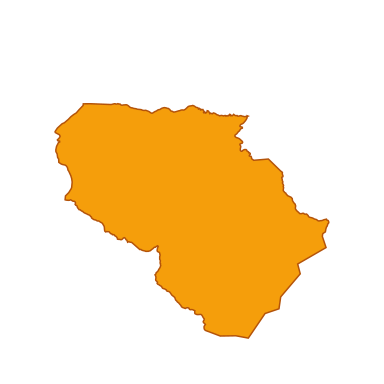 Porto Walter, Acre, Brazil (Robinson projection), rotated 42°
{"feature_id": "56859067B75974716553917", "entity_name": "Porto Walter", "entity_type": "district", "adm_level": 2, "iso_a3": "BRA", "parent_name": "Brazil", "parent_adm1": "Acre", "projection": "robinson", "projection_center": [-72.774, -8.451], "detail": "fine", "context": "isolated", "style": "filled", "palette": "amber", "viewbox_px": 384, "rotation_deg": 42, "n_neighbors": 0, "source": "geoboundaries", "source_scale": "gbopen_adm2", "svg_char_len": 6102}
<svg xmlns="http://www.w3.org/2000/svg" viewBox="0 0 384 384"><g transform="rotate(42 192 192)"><path d="M182.5,99.2L181.2,100.1L180.4,101.1L179.3,101.5L178.4,102.1L177.2,102.5L176.6,103.3L176.1,104.2L175.3,105.0L174.3,105.0L173.8,105.7L173.0,106.2L172.3,106.4L171.0,106.4L171.0,107.5L170.9,108.4L169.6,109.5L169.1,108.7L168.1,109.0L168.4,110.0L167.7,110.6L167.9,111.4L166.8,112.1L166.5,112.9L165.8,112.7L165.1,113.4L164.5,114.4L163.6,114.8L162.5,115.5L161.5,117.0L160.3,117.2L158.5,118.0L157.1,118.0L156.4,118.3L155.6,118.6L154.9,119.0L154.9,120.1L154.2,120.6L152.9,121.0L152.9,121.8L150.3,120.9L149.6,121.0L148.9,121.4L149.5,122.4L149.6,123.3L149.3,124.2L148.3,124.0L148.0,125.2L147.3,125.1L147.3,124.0L146.2,123.9L144.9,123.4L144.2,124.2L143.5,125.2L143.0,124.6L142.1,125.0L141.5,125.8L141.2,125.1L140.3,125.6L139.4,125.7L138.3,126.4L137.4,126.5L136.4,126.5L135.5,126.9L134.7,127.1L134.3,127.8L132.5,130.0L132.0,131.0L131.7,134.9L131.1,136.6L130.0,137.4L129.5,137.9L129.0,138.5L128.6,139.5L128.0,140.3L125.7,144.0L124.7,145.0L123.6,145.1L123.0,145.5L122.0,145.9L120.2,145.6L118.6,145.7L117.6,146.4L116.9,146.6L115.2,147.6L114.7,148.1L113.6,149.8L113.2,151.0L113.0,152.1L112.3,152.9L111.6,154.2L111.5,155.1L111.2,155.9L110.6,157.1L109.8,160.0L109.0,160.6L107.9,160.8L106.1,161.0L103.0,162.2L101.9,163.4L101.1,164.0L100.3,164.4L99.3,164.7L98.2,165.4L96.1,167.0L94.6,167.6L92.7,168.9L91.6,169.3L90.4,170.1L89.1,170.5L87.1,170.5L85.7,170.7L84.7,171.2L83.2,172.8L82.6,173.4L82.0,174.3L81.2,174.8L79.6,174.8L78.8,175.6L77.8,175.9L77.4,176.8L76.6,177.6L75.9,177.8L75.3,178.3L73.4,181.1L57.3,194.5L52.2,199.2L53.2,200.6L53.0,206.6L53.1,210.7L52.2,213.7L51.6,217.2L51.5,220.8L50.8,226.0L49.8,228.2L49.3,233.3L49.2,234.7L49.8,238.7L50.6,239.3L55.2,238.2L56.7,238.8L57.2,240.4L57.1,243.4L57.9,243.7L59.6,242.8L60.2,243.4L59.7,244.6L60.8,248.7L62.6,251.8L63.9,253.1L66.2,253.9L69.1,256.3L70.8,256.7L73.2,259.1L75.7,258.8L77.2,258.3L79.7,256.9L81.1,256.7L83.1,257.2L85.2,258.7L86.5,259.0L91.1,261.0L93.7,262.6L96.3,264.8L99.5,269.1L100.0,270.4L100.8,274.9L100.6,279.6L102.9,282.7L103.8,282.3L105.6,281.0L106.5,280.1L107.0,279.0L109.7,278.5L110.7,277.7L112.0,277.6L112.8,278.1L113.4,279.4L114.5,279.6L115.3,279.2L116.4,279.6L117.3,280.2L120.0,280.7L120.7,280.1L122.7,280.0L123.8,279.5L124.7,279.7L126.0,279.5L127.3,279.1L128.4,278.7L129.5,278.5L130.8,278.0L131.7,277.7L132.9,278.0L134.0,277.9L134.8,278.5L137.1,278.3L138.0,278.0L139.0,277.3L141.0,276.9L141.7,276.2L142.4,275.9L144.5,275.6L145.5,275.3L146.6,275.3L149.9,276.4L150.9,277.3L152.6,278.9L153.6,279.5L154.7,279.4L155.0,278.5L155.7,278.1L156.3,277.5L157.2,277.0L158.6,277.3L159.6,277.3L160.4,276.8L161.4,277.0L162.2,276.3L162.9,275.9L164.0,276.2L164.9,275.9L166.1,275.9L167.2,276.2L168.2,276.9L169.3,276.2L170.1,275.5L171.2,275.0L171.7,274.1L171.8,273.3L171.8,272.1L172.4,271.1L173.6,271.1L174.9,271.6L175.9,271.4L176.8,271.9L177.8,272.4L178.1,271.5L178.7,271.0L179.5,270.8L180.7,269.9L181.4,269.8L191.7,269.7L192.4,268.9L193.5,268.8L194.4,268.5L196.2,267.5L197.6,266.9L198.3,266.1L199.1,265.5L199.6,264.6L200.1,264.0L200.4,263.1L200.5,261.7L200.8,260.6L201.0,258.3L201.7,257.6L201.9,256.5L202.4,255.0L203.3,255.0L203.9,256.7L204.5,257.8L205.4,259.0L206.2,259.3L208.1,258.8L208.9,259.0L209.6,259.7L210.3,260.0L210.9,260.8L211.2,261.6L212.0,262.5L213.0,263.6L214.6,264.3L215.2,265.4L216.0,266.3L216.7,266.4L217.2,267.2L218.0,267.6L218.8,269.6L219.0,270.8L219.1,272.0L219.5,272.7L219.6,274.2L219.4,276.0L220.0,277.0L219.9,278.3L220.8,278.6L221.9,279.2L222.7,280.0L223.6,281.4L224.4,282.0L225.3,281.9L226.0,282.1L226.7,282.1L227.3,283.3L228.5,283.4L229.5,283.0L230.3,283.0L232.4,282.6L234.4,283.2L235.3,283.0L236.5,282.3L237.6,282.2L238.5,281.9L239.3,282.4L240.2,282.2L240.9,281.7L241.7,281.4L242.7,281.3L245.9,282.1L249.7,281.9L252.1,283.2L253.2,283.2L254.9,283.5L256.3,283.3L257.1,283.5L259.8,283.8L260.9,284.3L262.0,284.2L263.0,283.9L263.6,283.5L264.4,283.3L265.1,282.9L265.3,281.9L266.4,280.7L267.8,280.4L268.6,280.9L269.5,280.6L270.6,279.4L271.4,279.0L273.6,278.3L274.3,279.4L275.5,280.4L276.5,280.2L277.4,279.9L278.4,279.2L280.2,277.3L280.9,276.9L282.1,277.0L283.7,277.6L284.7,277.9L286.0,278.1L286.6,279.0L286.8,280.1L287.1,280.9L288.0,281.4L289.3,281.3L290.6,281.5L290.7,282.9L291.1,284.1L292.0,285.0L292.8,285.6L293.7,285.9L294.9,285.8L309.4,280.1L320.8,269.5L331.6,262.9L327.6,233.4L334.8,220.6L328.1,210.6L327.2,180.4L318.7,174.8L328.8,143.6L318.6,137.8L317.5,136.2L317.1,135.4L317.3,134.3L317.8,132.4L317.0,131.1L316.2,129.9L315.3,127.8L315.3,127.0L314.2,124.5L314.3,123.6L313.8,122.8L312.3,122.1L311.1,122.6L310.1,122.2L308.6,124.3L308.1,125.5L307.5,126.5L306.5,127.5L305.9,128.4L305.1,129.0L302.9,129.2L301.9,129.7L301.1,130.2L300.1,130.3L298.4,130.9L296.1,132.2L294.9,132.2L294.1,131.8L291.9,131.7L291.0,132.7L290.3,133.2L289.4,133.1L288.7,133.5L287.6,135.1L286.6,135.9L284.1,135.8L283.3,135.9L280.5,135.5L279.5,134.7L278.9,133.8L278.4,133.0L277.5,132.5L276.8,132.0L275.7,132.0L273.0,131.4L272.1,130.9L270.9,129.8L269.2,129.6L265.3,130.8L264.4,130.5L263.3,130.5L262.6,130.1L261.3,130.3L259.9,130.1L259.1,130.0L258.4,129.4L257.1,127.4L256.2,127.0L255.6,125.8L254.5,125.3L253.8,125.1L253.1,124.8L252.9,123.8L252.1,123.3L251.2,123.0L250.6,122.2L249.8,121.8L248.9,121.0L249.3,120.0L249.0,119.3L248.3,118.8L247.5,118.5L246.7,117.8L246.1,117.0L245.0,116.9L244.0,117.1L226.7,116.4L216.6,127.2L215.3,127.2L214.1,127.4L212.8,126.3L211.9,126.0L211.2,126.6L210.4,126.8L210.0,126.1L210.0,124.9L209.4,124.4L208.5,124.4L207.9,124.9L207.2,124.4L205.4,124.7L204.7,124.3L203.7,124.3L202.7,125.2L202.2,126.2L201.9,127.3L201.9,128.2L201.3,128.8L200.2,128.8L199.0,127.6L198.0,125.8L197.3,125.2L196.3,125.0L195.6,124.5L195.9,123.4L196.6,122.3L196.4,121.2L195.6,120.7L192.2,120.7L191.1,120.8L189.7,121.3L188.4,121.9L186.8,122.0L185.9,121.1L186.3,118.7L186.2,117.2L186.1,116.0L186.4,114.8L186.0,113.4L186.0,112.2L186.7,110.9L186.1,110.2L183.8,111.2L183.1,110.4L183.1,109.2L183.4,108.3L183.8,107.6L184.1,106.2L184.0,103.0L183.7,101.4L183.3,100.0L182.5,99.2ZM182.5,99.2L182.9,98.1L181.9,98.5L182.5,99.2Z" fill="#f59e0b" stroke="#b45309" stroke-width="1.5"/></g></svg>